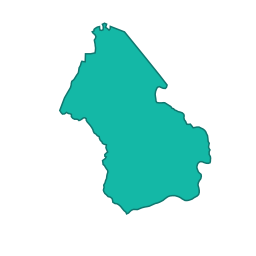 Santa Terezinha, Bahia, Brazil (Mercator projection), rotated 139°
{"feature_id": "56859067B33761170637815", "entity_name": "Santa Terezinha", "entity_type": "district", "adm_level": 2, "iso_a3": "BRA", "parent_name": "Brazil", "parent_adm1": "Bahia", "projection": "mercator", "projection_center": [-39.565, -12.74], "detail": "fine", "context": "isolated", "style": "filled", "palette": "teal", "viewbox_px": 256, "rotation_deg": 139, "n_neighbors": 0, "source": "geoboundaries", "source_scale": "gbopen_adm2", "svg_char_len": 2976}
<svg xmlns="http://www.w3.org/2000/svg" viewBox="0 0 256 256"><g transform="rotate(139 128 128)"><path d="M95.7,216.5L96.9,214.5L97.7,213.0L98.6,211.8L100.0,209.6L101.7,207.9L103.6,206.3L107.5,208.5L111.4,211.9L116.8,206.1L117.9,207.1L119.0,208.6L120.5,208.0L121.8,207.1L123.1,206.3L125.4,205.5L128.2,203.1L129.6,202.1L131.9,201.6L134.8,200.7L137.2,200.0L139.8,200.1L141.5,198.9L142.7,197.7L145.0,196.2L149.8,194.6L156.1,192.4L168.0,186.0L168.4,183.4L168.3,181.5L166.6,180.3L164.1,180.1L163.5,178.1L162.4,176.8L161.8,175.4L163.3,173.7L163.3,171.5L162.5,169.6L161.3,168.7L160.2,167.3L160.1,165.8L158.8,165.3L156.8,165.0L155.1,164.9L153.9,164.1L153.4,162.5L154.4,161.3L154.8,159.4L154.8,156.8L154.8,154.6L155.1,152.0L155.5,150.0L156.4,148.0L156.8,146.2L156.2,144.6L156.2,142.3L155.4,140.3L156.4,138.8L157.0,136.8L156.8,134.6L157.3,133.2L156.7,131.4L155.3,129.5L156.4,128.6L157.6,127.6L158.3,125.7L159.1,123.2L160.9,123.3L162.9,123.2L164.0,121.9L163.4,120.5L165.3,119.9L168.6,120.1L169.8,118.1L170.7,116.8L170.4,115.0L170.8,113.2L171.1,111.1L171.1,109.7L172.0,108.0L174.3,106.6L175.9,105.3L177.4,103.9L179.3,103.1L181.1,101.8L183.8,100.8L184.9,99.0L187.3,97.3L187.9,96.0L188.4,93.8L188.1,91.8L188.0,89.3L186.7,87.4L186.3,85.2L187.1,83.5L188.1,81.9L187.4,79.6L186.0,78.0L185.4,76.3L185.0,73.8L185.1,71.9L185.2,68.4L184.8,65.8L185.4,64.1L183.3,63.5L181.5,63.7L179.4,63.7L177.3,63.0L175.8,61.6L174.3,60.2L171.8,59.4L169.8,58.7L167.2,57.4L164.6,55.8L163.1,55.0L161.0,54.4L158.4,53.6L156.8,53.1L155.0,52.1L152.7,51.3L151.1,50.9L148.9,50.4L147.2,50.4L144.7,50.2L143.0,50.0L141.0,49.3L138.8,47.8L136.9,46.1L136.0,44.7L135.0,43.1L134.1,41.0L133.7,39.2L132.5,35.9L131.1,34.6L129.7,33.7L128.3,33.1L126.2,32.3L124.0,32.1L122.1,31.7L120.3,31.3L118.3,31.5L116.6,32.6L115.2,34.2L113.9,36.3L112.6,39.1L110.9,40.5L108.8,41.4L106.3,42.0L104.3,43.5L103.3,45.1L103.6,46.9L103.7,48.6L103.2,50.1L102.2,52.7L101.0,54.0L98.6,55.4L96.0,55.5L94.1,53.9L93.4,52.3L92.0,50.0L90.5,48.6L88.9,48.0L87.7,48.8L86.6,50.0L85.5,51.0L84.6,52.4L84.1,54.8L82.3,56.9L80.5,57.7L80.3,59.5L79.7,60.8L78.2,62.1L76.7,63.2L76.4,65.2L74.5,67.8L73.0,70.1L72.5,72.1L71.8,74.2L71.7,76.0L72.1,78.1L72.9,79.9L73.8,82.1L75.4,83.5L77.3,84.6L78.7,85.4L78.5,87.8L78.4,90.0L80.0,91.1L81.1,92.2L80.7,93.8L80.2,95.1L80.1,97.2L79.0,99.2L77.7,100.3L76.9,101.7L77.1,103.8L78.2,105.8L79.5,107.6L80.1,109.4L80.9,110.9L81.0,112.7L81.9,114.2L81.6,115.9L83.7,122.9L84.7,123.9L86.0,124.8L88.0,126.5L89.5,128.2L89.2,130.0L88.3,131.2L87.5,132.4L86.7,133.7L85.4,135.6L83.2,137.5L81.0,138.7L79.1,139.4L77.2,138.7L76.4,136.8L75.4,134.9L73.9,133.4L72.3,133.5L70.3,134.8L69.6,146.7L68.6,172.5L67.6,202.8L74.7,216.3L76.4,214.5L78.1,214.3L78.3,216.3L78.9,218.8L77.4,219.5L76.0,220.4L77.0,222.5L79.3,223.1L79.8,221.4L80.9,219.9L82.3,218.5L83.8,218.9L84.9,220.2L84.1,221.7L82.9,223.2L85.0,224.3L87.3,224.7L88.9,224.7L90.0,223.6L91.9,224.1L92.1,222.2L91.7,220.3L92.2,218.1L93.7,217.0L95.7,216.5Z" fill="#14b8a6" stroke="#0f766e" stroke-width="1.5"/></g></svg>